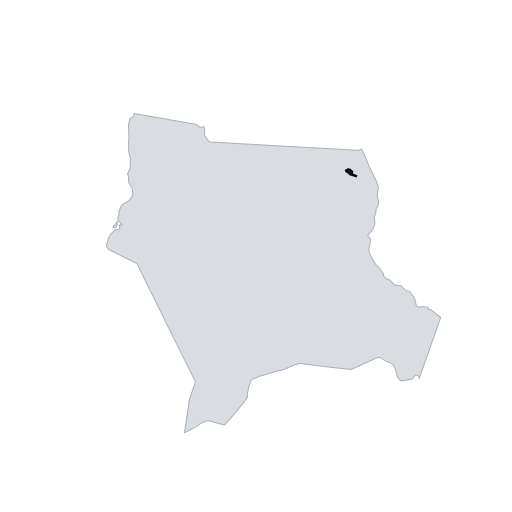 Homa Bay, Nyanza, Kenya (highlighted), rotated 154°
{"feature_id": "3690345B18622928067574", "entity_name": "Homa Bay", "entity_type": "district", "adm_level": 2, "iso_a3": "KEN", "parent_name": "Kenya", "parent_adm1": "Nyanza", "projection": "orthographic", "projection_center": [34.502, -0.52], "detail": "fine", "context": "in_parent", "style": "filled", "palette": "ink", "viewbox_px": 512, "rotation_deg": 154, "n_neighbors": 0, "source": "geoboundaries", "source_scale": "gbopen_adm2", "svg_char_len": 4164}
<svg xmlns="http://www.w3.org/2000/svg" viewBox="0 0 512 512"><g transform="rotate(154 256 256)"><path d="M114.3,305.9L114.2,299.8L115.1,284.3L115.0,270.7L115.8,263.9L119.1,259.6L120.7,256.5L121.8,252.1L123.5,248.5L127.5,245.6L128.2,244.0L132.4,239.2L135.0,232.9L136.9,230.8L139.3,228.8L141.0,227.8L143.7,226.8L145.9,226.2L146.3,225.7L146.5,224.7L145.7,220.8L146.7,219.6L148.2,217.0L149.8,214.6L151.4,213.1L152.2,211.5L152.6,208.8L152.7,206.8L152.7,203.7L152.2,196.5L150.4,190.6L149.3,183.9L150.1,181.7L148.7,177.7L148.0,177.5L146.8,176.7L145.4,173.0L144.3,169.6L143.6,168.8L138.8,165.8L136.4,158.9L133.8,157.3L132.3,150.4L132.0,148.4L133.6,141.5L133.4,140.0L131.8,138.5L127.3,137.0L123.7,134.2L124.2,133.2L124.4,132.2L122.5,131.5L117.0,119.7L124.1,112.6L131.4,105.5L140.6,96.4L149.1,88.1L156.4,80.9L162.9,74.5L162.8,75.7L162.8,77.4L163.6,78.3L165.0,79.0L166.8,78.3L168.5,77.3L170.0,77.1L179.9,79.8L181.5,82.1L181.4,84.6L181.8,86.4L181.1,88.2L180.3,93.7L180.5,98.8L183.5,102.6L186.1,105.5L188.2,109.6L189.8,110.9L191.9,111.5L198.7,111.7L208.7,112.0L218.3,112.2L219.2,112.3L221.2,112.9L230.1,118.5L238.2,123.6L245.1,128.1L251.7,132.4L258.2,136.6L263.3,140.1L268.2,141.1L276.3,141.6L281.8,141.8L287.0,143.3L294.6,144.6L300.3,145.4L303.8,146.1L313.3,147.0L314.9,146.5L319.1,142.6L323.8,136.4L325.6,132.9L331.6,129.5L342.3,124.7L349.8,121.3L358.2,117.9L362.0,120.9L367.3,125.6L369.6,127.9L371.5,129.0L374.4,129.7L377.8,129.7L379.7,129.6L383.6,129.0L392.6,128.4L397.8,128.5L393.5,134.7L388.3,142.2L378.8,156.1L371.6,163.4L366.1,168.9L365.6,169.8L365.6,176.0L365.7,191.0L366.0,221.1L366.1,251.1L366.3,281.2L366.3,296.2L366.3,301.3L371.2,307.6L375.9,313.8L382.2,322.0L385.5,326.4L386.0,327.8L385.9,330.7L380.7,336.9L376.4,339.6L370.7,341.0L369.0,340.7L366.8,339.8L365.9,341.3L365.3,343.6L364.0,343.1L363.0,342.4L363.6,346.5L364.2,348.5L363.3,351.2L360.5,353.6L360.3,355.6L354.3,360.8L345.8,361.4L341.3,364.0L339.3,366.1L337.7,370.8L338.2,377.9L335.8,383.4L335.4,386.2L331.0,389.7L329.0,393.0L327.6,396.3L326.3,397.8L324.8,405.2L322.7,409.8L322.1,411.3L321.6,412.6L320.0,415.3L319.0,417.1L318.2,418.3L313.0,429.9L308.9,435.1L305.7,434.5L303.6,436.5L303.4,437.5L302.3,437.0L299.6,435.0L294.2,431.1L288.8,427.2L283.4,423.2L277.9,419.3L272.5,415.3L267.1,411.4L261.6,407.5L256.2,403.5L253.0,401.2L251.6,399.8L250.5,397.1L249.9,396.4L248.5,395.6L246.8,395.4L246.3,394.9L246.3,393.6L246.9,391.7L248.9,388.1L249.2,385.9L248.8,383.5L248.2,379.7L247.6,378.8L244.0,376.8L236.4,372.5L228.8,368.3L221.3,364.0L213.7,359.8L206.1,355.5L198.5,351.3L190.9,347.0L183.3,342.8L175.7,338.5L168.1,334.3L160.5,330.0L152.9,325.8L145.3,321.6L137.7,317.3L130.1,313.1L122.5,308.8L119.6,307.2L117.1,305.9L114.3,305.9ZM366.7,347.2L365.4,347.6L366.1,345.5L370.0,342.9L371.6,343.5L371.9,344.1L371.8,344.6L371.1,345.2L366.7,347.2Z" fill="#d9dde1" stroke="#a8b0b8" stroke-width="1"/><path d="M138.0,293.7L138.0,293.4L138.0,293.2L137.9,293.1L137.7,293.1L137.7,292.9L137.6,292.7L137.7,292.4L137.5,292.2L137.4,292.0L137.4,291.9L137.2,291.9L137.2,292.0L137.1,291.9L137.1,291.7L137.2,291.4L137.3,291.4L137.2,291.3L137.2,291.2L137.1,290.9L137.0,290.7L136.9,290.7L136.7,290.6L136.5,290.4L136.4,290.2L136.4,289.9L136.3,289.7L136.2,289.6L136.2,289.4L136.3,289.2L136.2,289.1L136.1,288.9L136.1,288.7L135.9,288.4L135.8,288.2L135.7,288.2L135.7,287.8L135.7,287.7L135.4,287.4L135.1,287.2L134.2,286.4L131.6,283.9L131.2,283.4L130.8,283.8L130.5,284.0L132.5,286.3L133.4,287.4L133.8,287.8L133.7,287.9L133.6,288.0L132.7,288.9L132.6,289.0L132.5,289.3L132.4,289.4L132.3,289.6L132.2,289.7L132.2,289.8L132.2,290.0L132.3,290.1L132.5,290.2L132.6,290.3L132.8,290.5L132.9,290.8L132.9,291.0L133.0,291.1L133.0,291.3L133.3,291.3L133.3,291.5L133.4,291.8L133.4,292.0L133.5,292.1L133.4,292.3L133.5,292.4L133.5,292.5L133.7,292.8L133.8,292.9L134.1,293.0L134.3,293.2L134.4,293.3L134.5,293.4L134.6,293.5L134.8,293.6L135.0,293.7L135.1,293.8L135.3,293.9L135.5,293.9L135.6,293.7L135.8,293.7L136.1,293.7L136.3,293.7L136.5,293.7L136.8,293.7L136.9,293.4L136.8,293.2L136.7,293.1L136.8,293.1L137.1,293.2L137.2,293.4L137.3,293.4L137.4,293.5L137.5,293.5L137.6,293.8L137.8,293.8L138.0,293.7Z" fill="#0f172a" stroke="#020617" stroke-width="1.5"/></g></svg>